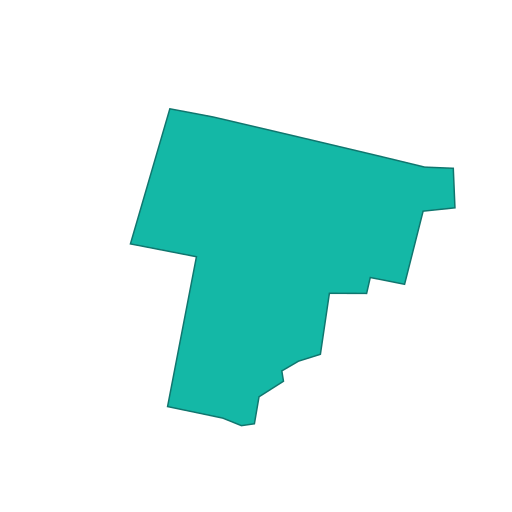 Rupea, Brasov, Romania, rotated 120°
{"feature_id": "2599482B289507895873", "entity_name": "Rupea", "entity_type": "district", "adm_level": 2, "iso_a3": "ROU", "parent_name": "Romania", "parent_adm1": "Brasov", "projection": "albers", "projection_center": [25.263, 46.025], "detail": "fine", "context": "isolated", "style": "filled", "palette": "teal", "viewbox_px": 512, "rotation_deg": 120, "n_neighbors": 0, "source": "geoboundaries", "source_scale": "gbopen_adm2", "svg_char_len": 481}
<svg xmlns="http://www.w3.org/2000/svg" viewBox="0 0 512 512"><g transform="rotate(120 256 256)"><path d="M114.8,107.8L81.4,129.0L94.7,154.4L107.0,196.3L132.0,279.8L157.0,362.5L171.6,404.2L308.3,370.8L286.4,307.2L307.5,299.9L430.6,257.3L426.2,243.9L413.0,203.7L410.2,183.8L402.1,173.5L376.4,183.0L350.7,169.6L342.6,176.2L325.8,166.6L308.9,151.1L251.6,173.8L233.1,141.5L217.5,146.3L206.2,113.2L133.6,133.7L114.8,107.8Z" fill="#14b8a6" stroke="#0f766e" stroke-width="1.5"/></g></svg>